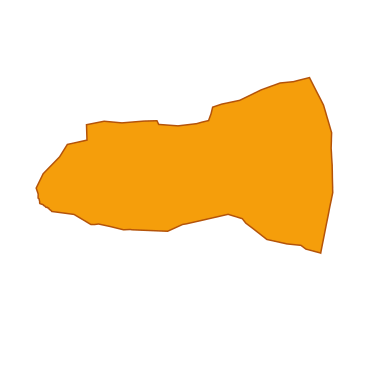 Xu'rmen, Ömnögovi, Mongolia (Mercator projection), rotated 255°
{"feature_id": "93677404B81423254419052", "entity_name": "Xu'rmen", "entity_type": "district", "adm_level": 2, "iso_a3": "MNG", "parent_name": "Mongolia", "parent_adm1": "Ömnögovi", "projection": "mercator", "projection_center": [103.821, 42.64], "detail": "fine", "context": "isolated", "style": "filled", "palette": "amber", "viewbox_px": 384, "rotation_deg": 255, "n_neighbors": 0, "source": "geoboundaries", "source_scale": "gbopen_adm2", "svg_char_len": 1875}
<svg xmlns="http://www.w3.org/2000/svg" viewBox="0 0 384 384"><g transform="rotate(255 192 192)"><path d="M99.7,300.5L106.9,304.0L110.9,306.0L121.3,311.1L125.2,313.0L133.0,316.9L137.9,319.3L138.0,319.3L142.3,321.4L147.6,324.1L148.9,324.8L149.0,324.8L155.0,327.8L158.9,328.7L159.5,328.9L159.9,329.0L169.1,331.2L175.8,332.9L178.8,333.6L179.5,333.8L181.2,334.2L181.4,334.3L181.5,334.3L189.1,335.8L193.6,336.8L198.2,337.7L205.4,339.9L206.9,340.3L211.8,341.8L213.1,342.2L215.9,342.1L216.8,342.1L221.7,342.0L226.4,341.9L229.0,341.8L234.8,341.7L241.9,341.5L247.7,340.3L255.9,338.5L262.9,337.0L269.1,335.7L271.9,335.1L272.1,335.1L272.3,322.8L272.3,318.6L274.5,305.3L272.8,285.5L268.2,261.8L269.2,243.5L268.6,233.9L262.7,230.7L256.7,226.5L256.9,219.4L256.8,214.2L259.5,195.6L265.9,177.3L269.9,176.6L272.9,164.1L276.9,142.2L283.1,125.4L284.3,107.5L269.3,104.0L270.2,83.9L260.2,73.2L248.2,53.0L236.1,42.5L229.9,42.9L226.8,42.0L226.4,41.9L226.0,41.8L225.9,41.8L225.7,41.9L225.5,42.0L225.2,42.3L224.8,42.5L224.5,42.5L224.1,42.5L223.8,42.4L223.5,42.4L223.1,42.4L222.8,42.4L222.5,42.4L222.0,42.3L221.7,42.3L221.4,42.2L221.0,42.0L220.7,42.0L220.3,42.1L220.2,42.1L219.7,42.8L219.5,43.1L219.4,43.2L219.3,43.3L219.2,43.5L219.1,43.8L218.7,44.3L217.9,45.2L217.5,45.2L217.3,45.3L217.1,45.5L216.8,45.9L216.2,46.4L215.7,46.6L215.4,46.8L215.2,46.9L215.0,47.0L214.8,47.4L214.8,48.0L214.7,48.1L214.6,48.3L214.4,48.4L214.2,48.5L213.9,48.6L213.7,49.0L213.5,49.4L213.3,49.5L212.9,49.5L212.4,49.6L212.1,49.8L211.8,50.0L211.5,50.4L211.1,50.6L210.7,51.0L210.3,51.2L209.8,51.4L209.5,51.5L200.9,72.2L200.0,73.1L186.8,85.9L185.8,89.4L185.3,93.4L179.7,104.3L173.2,116.1L171.8,122.6L171.0,124.4L160.4,158.3L163.1,174.6L162.7,178.3L161.1,221.1L153.2,233.7L148.0,235.9L141.1,241.3L126.8,252.0L117.3,270.2L112.3,283.4L107.3,287.3L99.8,300.4L99.7,300.5Z" fill="#f59e0b" stroke="#b45309" stroke-width="1.5"/></g></svg>